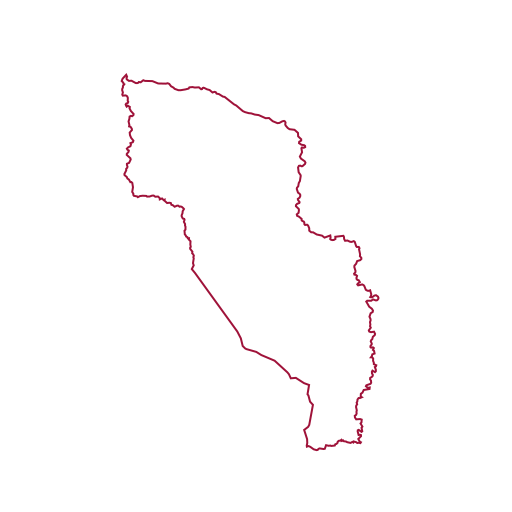 outline of Novo São Joaquim, Mato Grosso, Brazil, rotated 257°
{"feature_id": "56859067B6614921382651", "entity_name": "Novo São Joaquim", "entity_type": "district", "adm_level": 2, "iso_a3": "BRA", "parent_name": "Brazil", "parent_adm1": "Mato Grosso", "projection": "mercator", "projection_center": [-53.275, -15.062], "detail": "fine", "context": "isolated", "style": "outline", "palette": "rose", "viewbox_px": 512, "rotation_deg": 257, "n_neighbors": 0, "source": "geoboundaries", "source_scale": "gbopen_adm2", "svg_char_len": 6087}
<svg xmlns="http://www.w3.org/2000/svg" viewBox="0 0 512 512"><g transform="rotate(257 256 256)"><path d="M449.7,194.4L451.6,187.2L452.6,185.7L451.2,182.7L451.9,181.0L451.3,180.3L451.2,179.0L451.6,177.7L454.8,174.1L455.2,171.6L457.2,169.8L458.7,169.9L459.7,170.7L461.8,170.3L458.8,165.9L456.7,164.5L454.7,165.7L453.7,165.6L453.0,166.3L451.6,164.6L450.1,164.2L449.0,163.3L447.8,162.9L445.3,163.1L443.3,162.0L442.2,162.3L441.8,165.2L440.6,166.4L438.9,166.7L436.1,165.9L434.9,166.2L433.8,165.3L433.8,164.0L433.0,163.1L431.8,163.2L430.6,163.6L431.3,164.9L429.6,166.6L428.3,166.0L425.4,166.7L421.9,168.7L420.8,168.2L420.1,166.7L420.7,165.7L420.3,164.2L418.2,163.5L415.8,162.1L412.1,162.1L410.8,161.5L410.1,162.8L408.0,163.6L406.7,163.5L404.7,160.7L402.1,160.4L399.2,160.9L395.9,162.5L394.6,161.6L394.2,159.0L392.7,159.2L391.2,158.3L390.6,155.8L389.6,154.3L388.4,154.7L387.4,155.8L386.1,155.2L384.6,153.1L383.6,152.8L379.5,155.6L378.2,155.6L375.3,153.3L374.9,151.0L373.7,150.7L372.0,150.9L371.0,150.4L370.1,149.1L368.6,148.8L365.5,146.2L364.4,146.1L362.0,147.9L360.5,148.1L359.0,149.4L356.2,150.2L356.1,151.2L355.0,151.9L350.7,151.6L346.3,149.8L344.3,150.5L343.1,150.2L342.1,150.6L340.8,153.6L339.9,154.1L340.5,156.4L340.2,159.2L339.2,162.7L338.4,163.2L337.9,165.7L338.2,168.3L337.9,169.9L336.4,171.2L336.0,173.9L334.1,175.2L332.8,175.0L333.2,177.4L331.2,178.6L331.4,179.6L330.5,179.3L327.6,181.3L327.4,183.5L326.8,184.9L324.9,185.1L324.3,186.3L322.3,187.8L322.8,190.4L322.5,191.6L321.2,192.6L321.2,193.8L320.5,194.8L318.8,196.0L318.0,196.4L316.1,194.6L314.2,194.0L312.4,192.7L311.3,192.5L309.0,193.1L308.3,194.4L307.3,194.5L305.5,193.4L303.1,194.1L301.7,193.7L300.4,193.9L297.6,193.2L296.7,192.0L293.0,191.5L291.9,192.2L290.7,192.3L289.8,193.4L288.6,193.5L288.4,194.7L287.1,194.3L285.1,195.5L282.0,194.6L279.6,194.5L278.7,193.6L277.7,193.5L274.5,195.0L273.0,194.4L271.7,195.2L270.2,195.5L269.0,194.7L267.7,194.8L263.2,193.0L260.9,193.2L257.7,190.5L253.3,192.7L186.6,220.8L179.2,222.7L171.3,222.8L168.3,224.7L167.4,225.8L162.5,234.7L158.3,238.9L149.8,250.6L135.6,260.4L133.4,261.5L129.0,262.4L128.3,267.4L121.3,274.2L118.4,278.7L109.7,275.1L108.3,275.7L101.9,275.9L98.2,278.0L79.5,269.9L77.8,268.4L75.7,263.8L66.1,264.6L62.3,263.9L59.9,262.8L58.8,262.7L59.0,264.4L57.9,265.9L54.7,268.7L53.2,271.4L53.2,272.5L54.0,273.5L54.2,274.7L52.7,278.5L52.7,279.7L55.9,281.7L54.7,284.2L54.6,285.8L54.0,286.5L53.6,290.1L54.7,290.9L54.8,292.1L55.6,293.4L56.6,293.8L57.3,295.0L57.2,296.7L57.6,297.7L56.6,297.7L56.9,299.2L56.0,299.4L54.9,302.1L54.1,302.9L52.6,306.1L53.2,308.1L52.4,308.9L53.3,309.5L52.0,311.8L51.0,312.6L50.9,314.3L50.2,315.6L50.9,316.3L51.6,315.4L54.7,314.5L56.8,317.8L57.9,318.0L58.4,317.2L58.5,315.7L62.3,315.6L63.3,316.0L63.5,317.0L60.9,319.2L61.3,320.1L64.9,320.2L65.8,321.3L69.3,320.2L70.1,321.3L72.8,322.2L73.7,320.8L74.3,316.9L76.4,316.1L78.1,316.3L78.7,317.8L79.9,318.6L81.5,318.8L83.0,319.5L86.4,319.5L87.8,320.1L88.7,321.2L90.5,321.1L91.5,322.0L93.3,322.6L94.5,324.0L94.2,325.3L94.6,327.3L95.5,326.4L98.2,327.2L98.9,329.0L101.2,330.8L100.9,336.7L102.3,337.2L102.4,335.3L104.4,333.8L105.2,334.5L105.7,338.8L106.6,339.7L108.7,340.0L110.1,339.4L111.5,339.8L112.2,341.8L112.9,342.7L113.9,343.1L115.4,342.6L117.2,342.9L118.1,343.7L116.1,345.8L116.7,346.8L118.2,347.2L121.1,346.8L121.5,348.0L122.5,348.6L124.1,346.5L125.6,346.8L127.5,346.5L129.8,347.1L131.0,346.5L131.4,345.2L132.4,346.4L134.0,347.2L134.3,349.6L137.0,349.7L138.2,348.8L139.8,350.1L140.7,349.4L140.8,347.5L141.6,347.0L142.7,347.4L143.8,348.8L144.7,349.1L147.0,348.6L148.1,349.3L148.7,350.5L151.0,351.7L152.2,353.9L153.3,354.5L155.7,354.0L155.9,351.0L156.3,350.2L157.0,349.3L158.2,349.2L160.3,351.7L162.0,351.3L163.4,352.0L166.0,352.2L167.3,353.1L168.8,353.4L171.3,352.9L174.4,354.8L175.2,357.1L176.5,357.7L178.6,357.0L181.1,354.9L186.8,353.2L187.4,354.3L186.5,358.2L187.4,360.2L185.7,362.9L185.7,364.2L186.6,365.4L187.5,365.9L189.0,365.7L190.8,364.1L190.8,362.4L189.9,360.4L189.8,358.9L190.3,358.1L191.2,359.0L192.7,359.7L196.9,359.5L196.7,358.0L197.1,356.8L198.4,355.4L202.3,354.8L203.4,354.3L204.4,353.1L204.4,348.9L205.5,348.3L206.2,348.9L207.2,351.3L209.3,350.6L209.9,349.4L211.1,348.8L212.2,349.0L213.9,350.0L215.2,349.0L215.7,347.7L216.7,347.6L217.7,349.1L219.0,349.6L223.2,349.3L224.5,349.8L225.9,351.8L228.3,353.4L228.5,356.6L229.4,358.0L230.6,358.2L232.4,357.2L234.2,357.8L239.4,357.9L240.3,358.6L241.7,358.2L242.2,356.2L243.1,355.8L247.6,355.4L248.5,354.6L248.2,352.4L248.7,350.9L250.5,348.6L250.8,346.2L252.8,345.7L254.7,346.0L256.0,345.7L256.9,337.6L254.7,337.2L254.1,335.3L254.4,333.8L255.0,332.7L255.8,332.1L257.5,332.9L259.3,333.0L258.5,326.9L261.0,324.9L263.3,320.0L266.2,317.0L266.7,315.1L268.7,313.6L271.1,314.1L274.0,313.6L275.0,312.8L275.2,310.8L276.0,310.3L278.0,310.6L278.9,310.2L279.7,309.0L280.6,308.5L281.9,308.8L284.8,306.6L285.9,305.1L287.4,305.1L288.5,307.2L291.2,308.2L292.3,308.2L295.5,306.1L296.6,306.4L297.6,307.8L297.9,310.1L298.7,310.6L301.2,309.5L302.2,309.6L303.0,311.5L304.2,312.5L305.5,312.9L306.8,312.5L308.3,311.2L312.2,310.8L313.3,311.3L314.4,312.8L317.5,314.1L319.1,315.6L324.0,317.6L324.9,317.6L328.0,316.4L332.8,316.9L334.2,318.1L334.1,319.5L333.2,320.5L333.1,321.5L334.7,324.5L335.9,325.2L337.3,324.8L340.8,321.7L343.0,321.1L346.7,324.2L350.8,324.5L351.4,325.2L350.7,326.9L351.0,328.4L352.2,328.6L353.1,327.9L354.2,325.3L356.3,323.3L357.6,323.8L358.3,326.0L359.6,326.3L363.1,324.0L366.5,324.6L370.3,321.9L372.0,317.2L373.6,315.7L376.5,314.2L377.7,314.1L379.4,314.8L380.6,314.5L381.3,313.7L381.3,311.9L380.4,308.7L380.6,306.8L383.6,302.6L387.5,299.7L388.1,296.4L392.7,290.3L394.1,286.6L396.0,283.5L396.8,281.1L398.7,277.6L400.2,275.7L407.1,270.6L408.7,268.7L418.1,261.2L418.7,259.7L422.1,256.3L423.1,254.1L424.7,253.6L425.3,252.5L425.1,250.4L428.2,248.1L429.4,245.8L431.3,243.5L431.8,242.7L431.7,241.8L430.8,241.0L430.8,240.1L433.2,238.3L433.9,234.3L434.9,232.1L435.3,229.0L434.3,228.0L434.2,224.7L434.5,219.8L435.0,217.7L437.2,214.3L438.6,213.5L440.5,211.4L443.2,210.2L444.2,208.8L444.2,207.0L446.1,199.5L449.7,194.4Z" fill="none" stroke="#9f1239" stroke-width="2"/></g></svg>